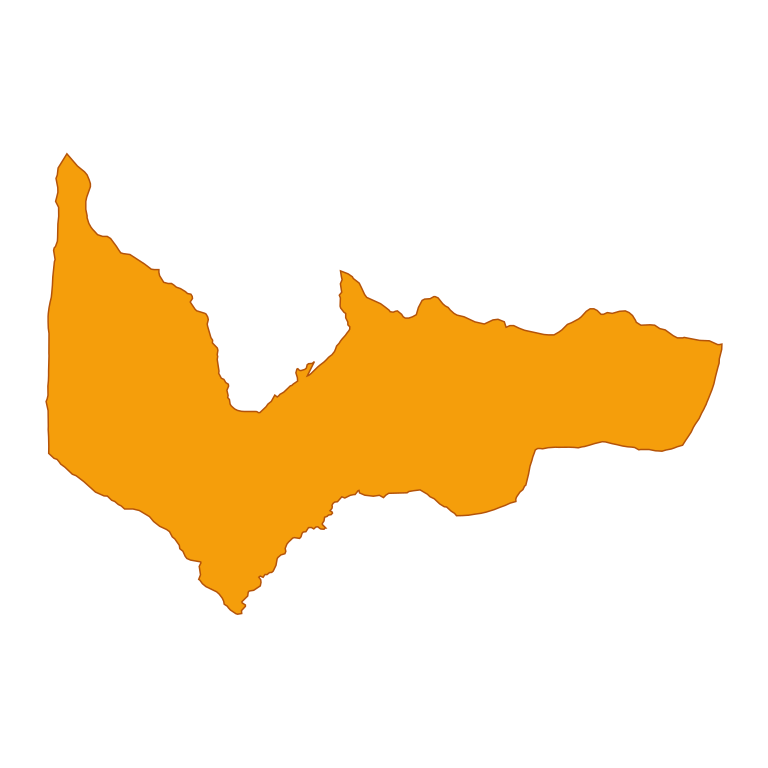 Mobayi-Mbongo, Équateur, Democratic Republic of the Congo
{"feature_id": "63176286B77587123851522", "entity_name": "Mobayi-Mbongo", "entity_type": "district", "adm_level": 2, "iso_a3": "COD", "parent_name": "Democratic Republic of the Congo", "parent_adm1": "Équateur", "projection": "mercator", "projection_center": [21.025, 4.13], "detail": "fine", "context": "isolated", "style": "filled", "palette": "amber", "viewbox_px": 768, "rotation_deg": 0, "n_neighbors": 0, "source": "geoboundaries", "source_scale": "gbopen_adm2", "svg_char_len": 6036}
<svg xmlns="http://www.w3.org/2000/svg" viewBox="0 0 768 768"><path d="M48.7,453.4L54.0,458.3L57.1,459.4L58.7,461.3L60.8,464.2L64.4,466.8L64.7,467.0L72.3,474.2L76.1,475.7L83.7,481.5L94.7,491.4L95.5,492.1L104.0,495.9L107.4,496.1L111.6,500.2L114.8,501.5L118.3,504.5L121.2,505.9L124.6,509.0L133.1,509.0L139.3,510.5L141.5,511.8L149.5,516.6L153.6,521.5L159.7,526.3L166.6,529.5L169.5,531.6L172.3,536.9L174.8,538.9L179.3,545.3L179.8,548.7L182.9,551.2L185.2,556.3L186.9,558.5L190.6,560.1L200.7,561.9L200.9,562.9L199.2,566.5L199.4,567.5L200.5,574.8L198.7,579.4L199.8,580.1L202.4,583.7L205.9,586.6L216.6,591.8L219.2,594.1L222.3,598.2L223.7,601.3L224.2,604.2L227.4,606.3L228.3,607.7L230.4,610.0L235.9,613.7L237.6,614.2L241.7,613.5L241.5,610.6L245.4,606.4L245.4,605.0L242.1,602.8L241.9,601.7L247.7,596.0L248.2,592.2L249.3,591.0L253.7,590.3L260.3,585.9L261.0,582.4L260.7,579.7L258.8,577.2L260.2,576.1L263.1,577.3L264.3,575.5L265.0,574.5L267.0,574.6L269.5,572.6L271.7,572.4L273.2,571.1L276.0,565.3L277.1,559.0L277.8,557.6L280.9,554.9L284.9,553.7L285.8,551.4L285.2,548.4L286.9,544.1L288.5,542.1L292.7,538.1L294.3,537.6L299.6,538.4L301.0,536.8L302.1,533.2L303.3,532.0L305.9,531.7L308.5,527.6L311.4,527.5L313.8,528.9L315.9,527.0L317.8,526.8L320.5,528.9L321.9,529.1L324.1,529.2L324.8,528.1L325.8,528.0L322.4,524.6L322.3,523.5L324.0,520.9L324.6,517.2L327.1,516.4L328.4,515.1L331.2,514.6L332.5,513.1L332.1,512.0L330.0,510.7L331.9,508.5L332.3,506.8L332.0,505.4L332.9,503.5L334.6,502.1L337.5,501.7L341.8,496.8L344.8,498.0L350.3,495.3L353.6,494.6L355.1,494.5L358.1,490.7L359.0,490.4L359.5,492.9L364.8,495.2L373.4,496.2L379.4,495.3L383.5,497.6L385.9,495.1L388.7,493.3L407.1,492.8L408.9,491.5L413.6,490.7L420.1,489.9L427.4,494.2L430.0,496.7L434.3,498.8L439.7,503.9L444.2,506.7L446.6,507.0L451.1,511.1L454.6,513.4L456.5,515.7L461.9,515.6L468.6,515.2L474.6,514.2L481.0,513.3L486.2,512.1L494.2,509.6L499.7,507.4L505.2,505.4L510.2,503.1L515.9,501.5L515.8,499.0L516.6,496.9L519.9,492.1L522.9,489.6L524.6,486.1L525.8,485.2L528.5,474.3L530.0,466.2L531.9,460.4L532.8,456.9L534.3,452.9L535.3,449.9L537.7,448.5L540.1,448.5L542.6,448.8L548.1,447.7L555.2,447.2L558.7,447.3L569.2,447.2L574.1,447.4L578.3,447.8L581.8,446.9L584.6,446.5L589.6,445.1L594.8,443.5L599.4,442.4L602.2,441.7L605.4,441.9L611.9,443.6L617.2,444.7L622.5,446.0L627.7,446.8L631.7,447.1L634.7,447.5L638.8,449.8L640.7,449.5L644.0,449.5L649.1,449.5L655.5,450.8L657.8,450.9L662.0,451.2L666.0,450.0L671.2,449.0L674.4,447.9L677.1,446.8L682.6,445.2L685.8,440.1L688.2,436.6L691.2,432.0L693.4,427.3L695.2,424.3L699.1,418.6L701.7,413.0L703.8,409.2L705.1,406.4L706.1,404.5L706.8,402.5L708.6,398.2L709.9,394.9L710.9,392.4L712.0,389.6L713.9,383.8L715.4,377.0L717.9,367.3L719.1,363.2L719.3,358.9L721.7,349.4L721.9,344.1L719.4,344.6L717.7,344.6L709.3,340.8L699.7,340.4L684.1,337.4L682.9,337.9L677.4,337.9L673.2,335.7L665.2,329.9L659.8,328.6L654.7,325.2L650.1,324.8L640.9,325.2L636.3,322.3L635.4,320.2L632.5,315.5L629.1,312.6L625.3,310.9L619.5,311.3L612.3,313.4L607.3,312.6L603.5,314.3L601.0,314.3L597.2,310.5L593.9,308.8L590.1,308.8L586.3,311.3L581.3,316.8L578.7,318.9L571.6,322.7L567.4,324.4L561.9,329.9L559.0,332.0L554.0,334.9L548.5,334.9L543.9,334.5L524.6,330.3L519.1,328.2L513.7,325.6L509.9,325.6L506.1,327.3L504.3,321.8L498.0,319.3L493.0,319.9L484.3,324.0L475.0,321.9L464.1,316.8L457.0,315.1L454.0,313.4L450.3,310.1L448.6,308.0L448.2,307.5L445.2,305.9L442.7,303.7L438.1,297.9L435.1,296.6L433.9,296.6L430.1,298.7L424.6,299.1L422.1,300.4L418.4,307.5L416.3,314.7L412.5,316.8L408.7,318.1L405.3,318.1L403.2,316.8L401.6,314.3L397.4,310.9L395.3,311.3L393.2,312.2L390.2,311.7L389.0,310.1L385.2,307.1L380.6,303.7L375.1,301.2L366.7,297.4L364.6,294.5L361.7,288.2L359.2,283.1L353.3,278.5L352.4,276.8L348.2,273.9L347.0,273.4L340.5,270.9L341.4,276.7L342.1,279.7L340.4,283.8L341.7,292.2L339.3,295.2L340.4,297.9L340.1,306.2L340.7,308.1L343.9,312.2L345.7,313.5L345.7,317.8L347.8,322.0L347.9,324.9L349.8,326.8L349.7,329.3L348.5,331.2L347.3,332.6L345.5,335.2L343.8,337.1L342.0,339.1L340.4,341.2L339.1,343.3L336.6,346.0L335.4,349.4L334.5,351.5L333.0,353.4L331.9,354.8L330.5,355.8L328.6,357.3L326.3,359.8L324.0,362.0L321.8,363.7L319.7,365.3L317.6,367.1L311.1,373.5L309.0,375.2L307.3,375.9L314.4,361.6L312.3,363.4L308.6,363.7L307.2,364.7L306.3,368.2L304.8,369.4L300.9,370.6L299.5,370.4L297.8,368.7L296.9,369.1L295.9,372.8L297.4,377.7L297.6,381.1L295.7,382.4L293.3,384.0L291.7,385.5L290.3,385.9L287.3,388.8L285.3,390.7L283.7,392.2L281.8,393.3L280.0,394.3L278.8,395.7L277.2,397.0L274.8,395.1L271.3,401.4L267.9,404.1L266.1,406.7L259.9,412.6L258.3,412.6L256.8,411.6L255.5,411.5L251.7,411.5L244.5,411.5L241.4,411.3L237.5,410.4L234.9,409.1L234.0,408.4L232.2,406.8L231.0,405.6L230.1,404.0L229.4,399.5L227.7,397.6L228.1,395.4L226.9,390.3L228.6,386.1L228.3,384.2L225.8,382.6L223.9,379.4L221.3,378.2L218.7,373.3L219.0,371.1L217.2,359.4L217.7,356.5L217.2,354.7L217.9,350.3L217.3,348.0L212.4,342.9L212.6,340.2L210.9,337.6L207.6,326.2L207.2,324.1L208.3,319.6L207.7,317.0L206.1,314.1L204.8,313.3L196.7,310.8L195.1,309.3L190.2,302.0L192.5,298.5L192.2,296.3L190.9,294.2L187.5,293.5L185.4,291.6L180.5,288.6L176.4,287.2L173.8,285.0L171.5,283.5L168.1,283.5L163.7,282.3L159.6,275.7L158.9,272.4L158.9,269.6L154.3,269.6L151.3,269.2L144.5,264.0L129.9,254.5L123.2,253.6L120.7,252.8L118.6,249.8L116.5,246.5L110.6,238.5L107.2,236.4L102.6,236.4L97.6,234.7L92.5,229.2L90.9,227.1L88.8,223.3L87.1,217.8L87.1,215.7L85.8,209.4L85.8,201.4L86.7,197.2L90.4,186.7L90.4,183.7L89.2,179.9L87.1,174.9L84.6,171.9L77.4,166.0L66.9,153.8L58.1,168.0L57.3,175.0L56.0,178.4L57.8,187.7L57.9,192.3L56.7,197.2L55.6,201.4L58.6,207.3L58.7,216.3L57.9,223.9L57.6,237.6L57.4,241.2L55.5,246.5L54.2,247.9L53.6,250.4L55.1,259.6L54.4,261.7L52.8,277.0L52.4,285.4L51.8,292.5L51.3,297.3L50.1,302.3L49.0,308.0L48.3,313.4L48.1,316.5L48.1,321.7L48.3,328.2L49.0,333.4L48.9,353.3L49.0,355.8L48.6,370.9L48.6,375.6L48.4,380.9L47.9,386.1L48.0,395.4L47.1,399.1L46.1,401.5L48.1,410.6L48.2,418.4L48.3,426.0L48.2,429.6L48.6,436.5L48.8,446.5L48.7,453.4Z" fill="#f59e0b" stroke="#b45309" stroke-width="1.5"/></svg>